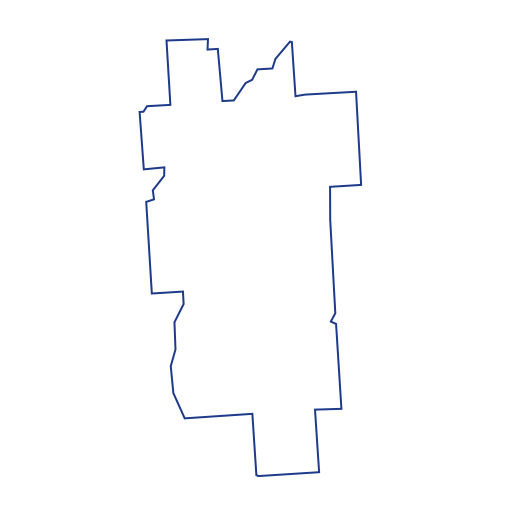 Crenshaw, Alabama, United States of America, rotated 177°
{"feature_id": "52423323B38201258104652", "entity_name": "Crenshaw", "entity_type": "district", "adm_level": 2, "iso_a3": "USA", "parent_name": "United States of America", "parent_adm1": "Alabama", "projection": "mercator", "projection_center": [-86.295, 31.746], "detail": "fine", "context": "isolated", "style": "outline", "palette": "blue", "viewbox_px": 512, "rotation_deg": 177, "n_neighbors": 0, "source": "geoboundaries", "source_scale": "gbopen_adm2", "svg_char_len": 723}
<svg xmlns="http://www.w3.org/2000/svg" viewBox="0 0 512 512"><g transform="rotate(177 256 256)"><path d="M147.5,414.8L198.7,414.6L208.2,413.5L209.0,467.8L210.8,468.3L226.3,451.8L229.8,442.4L244.8,442.3L250.6,432.2L257.3,429.3L270.0,412.5L281.4,412.5L283.3,464.8L293.6,464.7L292.6,475.1L334.1,475.9L333.6,411.4L357.0,411.3L360.8,406.0L364.7,405.9L363.5,348.4L342.9,349.3L343.5,340.9L355.6,327.0L354.9,317.9L362.8,315.8L362.0,224.0L330.8,224.3L330.8,211.8L340.9,194.1L341.3,166.9L346.9,150.4L345.7,123.4L335.7,97.6L267.9,98.6L267.1,37.1L265.0,36.1L204.3,36.8L205.1,99.5L178.7,98.9L179.6,184.0L184.7,186.6L179.8,194.7L180.0,288.5L178.4,321.2L147.3,321.5L147.5,414.8Z" fill="none" stroke="#1e3a8a" stroke-width="2"/></g></svg>